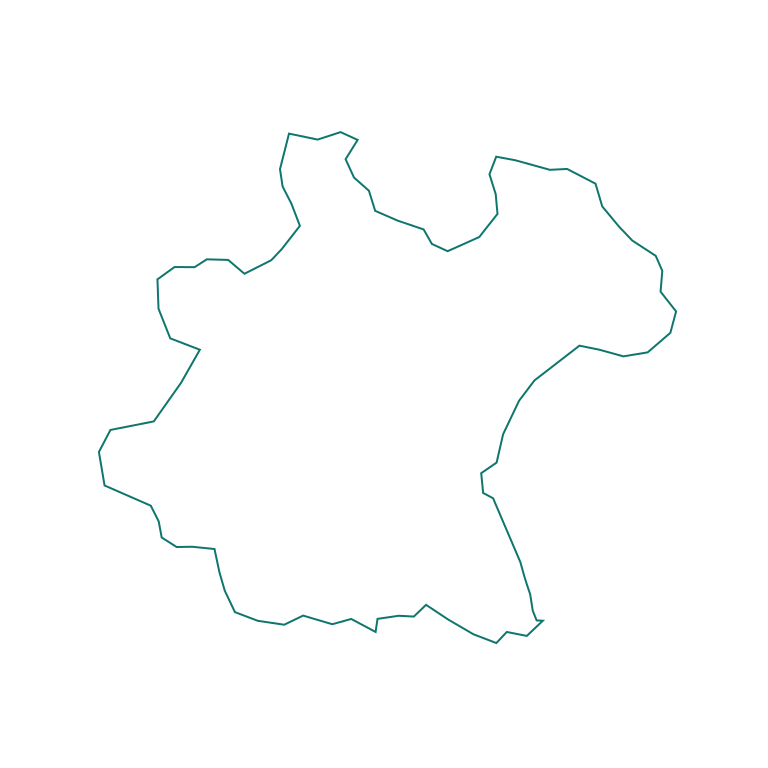 the district of Kukës, Kukës, Albania, rotated 111°
{"feature_id": "67620474B92464717887955", "entity_name": "Kukës", "entity_type": "district", "adm_level": 2, "iso_a3": "ALB", "parent_name": "Albania", "parent_adm1": "Kukës", "projection": "robinson", "projection_center": [20.374, 41.987], "detail": "fine", "context": "isolated", "style": "outline", "palette": "teal", "viewbox_px": 768, "rotation_deg": 111, "n_neighbors": 0, "source": "geoboundaries", "source_scale": "gbopen_adm2", "svg_char_len": 1378}
<svg xmlns="http://www.w3.org/2000/svg" viewBox="0 0 768 768"><g transform="rotate(111 384 384)"><path d="M131.6,360.7L150.4,360.7L166.8,347.7L174.8,343.8L184.5,339.0L193.9,341.9L204.0,345.1L212.6,347.7L225.1,360.1L232.5,367.5L237.2,372.2L236.1,389.5L234.5,391.4L225.5,402.4L226.6,429.8L225.5,454.3L209.0,467.3L202.0,486.0L197.3,490.8L192.3,495.9L187.9,500.4L177.5,498.4L165.6,496.1L164.4,514.8L179.6,533.6L184.3,562.4L220.7,558.1L236.0,549.4L248.9,535.0L266.5,519.2L294.7,527.8L308.8,533.6L331.1,553.8L324.0,573.9L331.1,594.1L342.8,602.7L349.9,621.5L367.5,633.0L394.5,621.5L418.0,599.9L418.0,568.2L455.6,573.9L501.4,585.5L524.9,622.9L549.6,625.8L578.9,608.5L581.2,558.1L593.0,545.1L607.0,536.5L610.5,519.2L604.7,504.8L598.8,483.1L618.7,470.2L634.0,458.6L650.4,441.4L650.3,416.9L644.5,390.9L629.2,376.5L626.8,346.2L615.1,330.4L618.5,303.0L605.6,305.9L595.1,287.2L590.4,272.8L575.1,265.6L580.9,239.6L585.6,210.8L585.6,186.3L571.5,180.5L568.0,160.4L548.1,150.9L550.0,156.8L542.3,163.9L527.9,172.2L519.3,179.3L512.6,184.6L501.5,192.8L451.6,241.2L450.2,252.4L432.4,261.3L417.0,250.7L388.2,254.8L351.2,251.9L326.7,244.8L278.2,215.3L274.8,195.2L272.4,170.4L260.0,149.2L233.6,135.0L211.6,137.3L198.7,158.9L178.7,164.7L167.0,176.2L161.1,203.6L152.9,220.9L140.0,243.9L121.2,258.3L117.6,290.1L124.6,305.9L128.1,341.9L131.6,360.7Z" fill="none" stroke="#0f766e" stroke-width="2"/></g></svg>